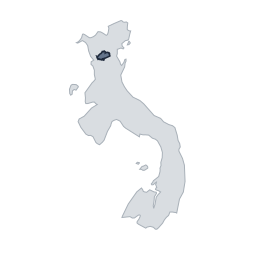 Gualaca, Chiriquí, Panama shown in context, rotated 66°
{"feature_id": "35544464B22441081783437", "entity_name": "Gualaca", "entity_type": "district", "adm_level": 2, "iso_a3": "PAN", "parent_name": "Panama", "parent_adm1": "Chiriquí", "projection": "albers", "projection_center": [-82.239, 8.607], "detail": "fine", "context": "in_parent", "style": "filled", "palette": "slate", "viewbox_px": 256, "rotation_deg": 66, "n_neighbors": 0, "source": "geoboundaries", "source_scale": "gbopen_adm2", "svg_char_len": 5153}
<svg xmlns="http://www.w3.org/2000/svg" viewBox="0 0 256 256"><g transform="rotate(66 128 128)"><path d="M225.5,118.1L224.8,118.6L222.9,121.5L221.8,123.9L224.4,126.5L225.2,129.2L226.7,132.1L229.0,135.1L231.5,140.6L232.2,142.8L231.5,144.2L229.1,145.1L226.9,147.7L226.3,150.9L226.7,152.5L220.1,157.6L218.4,158.4L217.2,157.7L215.8,155.2L214.0,153.1L213.1,152.4L212.6,152.4L212.1,152.9L211.8,154.0L212.8,158.7L212.0,160.7L209.8,162.2L207.3,169.9L206.2,168.9L197.5,158.6L189.9,145.9L188.3,140.1L190.3,139.7L192.1,139.8L193.1,138.9L194.3,137.2L193.3,133.3L196.9,130.3L198.2,128.3L199.2,128.5L201.6,131.9L205.1,133.8L209.3,136.6L211.9,137.2L208.6,134.3L202.8,130.4L201.2,127.8L199.7,124.2L197.5,125.8L196.4,127.1L195.3,127.9L194.3,127.0L194.1,125.9L190.7,125.7L189.9,124.6L189.0,124.0L189.4,126.3L190.1,127.7L189.7,129.3L188.6,129.5L187.7,127.7L186.5,126.2L184.8,119.7L181.0,116.6L179.2,115.6L177.8,115.2L175.7,113.1L172.8,112.0L169.0,108.8L164.3,106.5L158.6,105.7L151.7,106.3L149.3,107.6L147.8,109.3L147.0,110.0L142.9,112.0L141.4,114.7L140.4,117.0L138.4,119.6L140.7,121.2L127.4,130.1L124.8,131.4L118.7,132.4L117.4,133.3L115.5,135.1L115.3,137.8L115.6,140.0L117.4,141.8L118.9,142.9L122.7,148.1L129.4,154.8L130.6,157.2L131.7,160.8L129.7,162.5L128.1,163.2L121.8,163.5L119.6,165.0L118.8,167.2L116.4,169.0L108.3,170.8L101.9,171.0L99.9,169.0L99.4,163.2L95.0,153.3L94.0,146.5L92.9,147.4L90.6,148.2L89.9,149.9L89.3,154.9L88.5,156.6L86.7,156.4L83.1,154.6L78.3,153.0L72.1,142.4L71.4,140.4L70.2,138.0L65.5,137.0L61.5,135.2L57.1,134.9L54.8,135.9L52.5,134.7L52.1,131.7L47.5,133.0L41.6,132.6L36.3,131.3L32.6,132.0L29.6,134.1L30.0,139.4L29.1,140.4L29.0,138.2L27.9,135.7L26.7,133.7L24.0,131.5L23.8,130.8L24.9,129.7L29.8,126.6L30.4,125.3L30.5,122.6L30.0,120.0L27.8,116.2L29.1,113.9L31.6,112.0L34.1,110.5L34.6,109.9L34.1,108.6L32.6,107.2L29.1,104.9L27.0,104.7L26.9,97.9L27.0,90.7L27.6,89.9L28.9,89.5L29.9,88.4L30.5,86.3L32.0,85.5L34.8,87.2L37.6,88.6L38.7,88.2L39.6,87.4L40.2,86.8L40.4,86.1L42.7,88.0L47.3,91.4L47.6,93.1L47.1,94.7L48.4,99.3L50.8,100.0L53.2,99.1L53.8,100.0L53.3,100.8L52.1,101.8L51.8,105.8L55.8,107.6L57.7,109.2L64.3,108.5L66.7,108.9L68.3,108.4L66.5,105.2L64.1,102.9L64.3,101.8L66.1,102.6L67.5,104.2L70.8,106.2L76.7,113.1L83.5,114.8L88.9,114.5L93.9,113.6L101.9,110.9L107.7,106.0L112.3,103.8L127.2,99.1L132.5,94.3L134.7,93.6L136.8,93.0L141.5,89.3L144.0,86.4L146.7,85.0L154.6,86.0L159.7,87.3L163.2,87.1L166.6,88.0L168.1,90.1L169.7,90.9L178.0,90.6L184.9,91.6L200.0,97.6L209.0,103.5L213.9,109.9L225.5,118.1ZM74.7,167.0L72.8,167.2L68.8,165.7L65.8,162.7L65.6,161.7L65.7,160.7L67.3,157.7L69.4,156.6L70.2,156.6L72.3,160.1L70.9,161.5L71.5,163.7L74.4,165.3L74.7,167.0ZM171.2,132.6L170.5,134.1L168.8,130.7L169.1,129.8L169.0,126.7L170.6,125.9L171.7,125.8L172.7,126.3L173.3,129.9L172.8,131.5L171.2,132.6ZM52.2,93.2L51.8,94.8L49.0,91.8L50.7,91.3L51.3,91.4L52.2,93.2ZM165.3,133.3L163.7,134.9L163.1,133.4L164.2,131.8L164.6,131.8L165.3,133.3Z" fill="#d9dde1" stroke="#a8b0b8" stroke-width="1"/><path d="M47.8,120.6L48.0,120.8L48.2,121.1L48.4,121.3L48.4,121.5L48.6,121.7L48.6,121.8L48.8,122.0L49.0,122.2L49.0,122.3L48.9,122.5L48.9,122.8L48.9,123.0L49.0,123.1L49.0,123.4L49.0,123.5L49.1,123.8L49.2,124.0L49.3,124.2L49.4,124.5L49.5,124.6L49.6,124.8L49.7,125.0L49.8,125.3L49.7,125.4L49.8,125.5L50.0,125.7L50.3,126.2L50.3,126.3L50.3,126.5L50.1,126.9L50.0,127.1L49.9,127.2L49.8,127.3L50.0,127.3L50.1,127.2L50.3,127.2L50.3,127.3L50.5,127.3L50.7,127.2L50.8,127.2L50.9,127.3L51.0,127.3L51.1,127.5L51.2,127.4L51.4,127.6L51.5,127.6L51.7,127.4L51.8,127.4L51.8,127.5L52.0,127.6L52.3,127.5L52.5,127.5L52.8,127.5L53.1,127.5L53.1,127.3L53.0,126.9L52.9,126.4L53.0,126.3L53.1,126.2L53.3,126.2L53.3,126.3L53.5,126.3L53.5,126.2L53.8,125.9L54.0,125.9L54.1,125.7L54.1,125.8L54.1,125.7L54.2,125.4L54.2,125.2L54.3,125.2L54.5,125.0L54.6,124.9L54.8,124.8L54.8,124.7L54.9,124.4L55.0,124.4L55.2,124.2L55.1,123.9L54.9,123.8L54.8,123.7L55.0,123.5L55.3,123.5L55.3,123.4L55.4,123.2L55.5,122.9L55.6,122.7L55.8,122.6L55.9,122.8L56.0,122.8L56.0,122.7L56.0,122.4L56.0,122.2L55.9,122.2L55.9,122.3L55.7,122.4L55.6,122.5L55.4,122.6L55.2,122.5L55.3,122.4L55.2,122.3L54.8,122.3L54.6,122.9L54.8,123.1L54.8,123.4L54.6,123.4L54.6,123.6L54.7,123.8L54.5,123.6L54.4,123.5L54.4,123.4L54.3,123.2L54.4,122.9L54.5,122.6L54.6,122.4L54.8,122.3L54.8,122.1L54.9,121.9L54.8,121.7L55.0,121.7L55.0,121.8L55.1,121.7L55.1,121.4L55.1,121.2L55.0,120.9L54.9,120.8L54.9,119.3L54.9,115.5L54.9,115.3L54.7,115.2L54.6,115.3L54.4,115.2L54.3,115.3L54.2,115.3L54.0,115.2L53.9,115.1L53.7,115.1L53.2,115.0L53.1,114.8L52.9,114.7L52.7,114.6L52.4,114.6L52.4,114.9L52.4,115.1L52.2,115.1L51.8,114.9L51.7,114.8L51.4,114.8L51.3,115.0L51.2,115.1L51.1,115.4L51.0,115.6L50.9,115.6L50.8,115.8L50.6,115.8L50.5,116.0L50.4,116.2L50.4,116.3L50.4,116.5L50.2,116.8L50.2,117.0L50.2,117.3L50.2,117.5L50.3,117.5L50.3,117.8L50.3,118.1L50.2,118.0L49.9,118.1L49.7,118.0L49.4,117.9L49.4,118.0L49.2,118.0L48.9,118.1L48.7,118.2L48.6,118.3L48.4,118.5L48.2,118.4L48.2,118.5L48.2,118.8L48.0,119.0L48.2,119.3L48.3,119.3L48.3,119.5L48.2,119.5L47.9,119.7L47.8,119.8L47.8,120.0L47.7,120.3L47.8,120.4L47.7,120.5L47.8,120.6Z" fill="#64748b" stroke="#1e293b" stroke-width="1.5"/></g></svg>